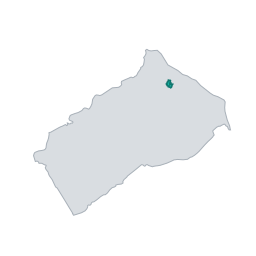 location of Suhum Municipal, Eastern, Ghana, rotated 239°
{"feature_id": "2480657B2570339807900", "entity_name": "Suhum Municipal", "entity_type": "district", "adm_level": 2, "iso_a3": "GHA", "parent_name": "Ghana", "parent_adm1": "Eastern", "projection": "natural_earth1", "projection_center": [-0.399, 6.043], "detail": "fine", "context": "in_parent", "style": "filled", "palette": "teal", "viewbox_px": 256, "rotation_deg": 239, "n_neighbors": 0, "source": "geoboundaries", "source_scale": "gbopen_adm2", "svg_char_len": 4236}
<svg xmlns="http://www.w3.org/2000/svg" viewBox="0 0 256 256"><g transform="rotate(239 128 128)"><path d="M153.0,32.8L154.6,34.6L155.0,35.7L154.4,39.6L153.2,42.3L152.4,44.9L152.5,46.2L153.2,47.5L155.8,49.5L157.1,50.8L158.6,52.8L160.3,54.7L163.4,57.3L164.6,57.7L164.6,58.4L164.2,59.4L163.9,68.8L163.7,71.2L163.4,72.5L163.2,76.0L162.8,76.5L162.3,76.4L161.7,76.6L161.6,77.3L161.8,78.0L163.6,78.5L163.3,79.0L161.9,79.5L161.3,80.6L161.6,81.8L160.8,82.7L161.0,83.4L161.5,83.9L162.3,83.7L164.4,82.1L165.3,81.9L166.4,82.2L168.4,84.7L168.5,85.9L167.7,90.1L166.9,93.3L166.7,97.5L167.6,99.9L167.5,101.2L166.5,102.4L164.4,104.0L164.6,105.2L165.6,107.2L167.3,109.6L170.8,112.5L172.6,116.2L172.7,117.8L171.6,119.3L170.3,120.6L169.9,122.6L170.5,135.2L167.8,140.7L167.7,142.2L168.0,144.0L168.7,145.1L170.1,145.4L171.3,146.5L170.9,150.3L170.3,154.3L170.2,156.1L169.9,157.0L168.8,157.8L168.4,159.0L168.7,160.5L168.5,161.7L169.0,163.1L170.3,165.0L172.3,169.5L173.1,169.8L173.4,170.8L173.2,171.7L174.0,173.7L176.2,175.7L178.5,177.5L180.4,177.7L180.9,179.3L182.1,181.3L183.0,182.1L184.5,182.7L185.6,183.0L185.7,184.7L183.6,185.8L182.1,187.6L181.0,190.2L179.5,193.1L174.3,194.6L172.3,194.6L161.5,194.7L151.5,200.4L145.7,202.4L142.1,205.7L137.3,208.0L134.0,210.7L127.0,212.1L115.6,216.4L112.1,218.1L108.5,221.2L102.6,224.7L100.3,224.7L95.7,221.4L92.3,219.7L83.8,217.2L77.5,216.2L74.5,215.1L73.6,214.9L74.3,213.7L76.1,213.6L77.9,214.0L79.3,213.1L81.4,212.9L81.9,212.0L82.1,209.6L82.1,207.7L82.8,206.8L83.0,204.5L82.0,199.4L81.3,198.9L77.6,198.2L77.3,197.1L76.7,196.1L76.0,193.5L75.2,189.6L73.9,184.8L71.4,176.9L70.8,174.1L70.4,171.2L70.3,167.8L70.8,166.5L70.7,164.7L70.5,163.0L72.3,159.0L75.7,154.0L76.4,152.2L77.0,151.0L77.1,149.2L77.8,143.4L79.4,136.5L80.4,133.9L81.1,132.4L82.0,130.1L82.2,129.0L85.3,126.3L86.8,125.6L87.1,124.5L86.6,123.3L86.8,122.5L87.6,122.1L88.7,121.8L89.6,120.7L88.3,112.1L87.2,103.5L87.1,102.8L86.5,101.6L85.9,98.1L84.8,96.0L83.4,95.4L83.4,93.4L84.9,90.1L85.3,88.2L84.5,87.6L84.4,86.1L85.0,83.7L84.7,82.2L84.4,80.6L82.9,76.9L82.5,74.2L83.3,72.7L83.3,69.3L82.5,64.0L82.3,60.7L82.9,59.3L82.6,58.0L81.5,56.8L81.4,55.6L82.4,54.4L82.3,53.5L81.1,52.8L80.0,51.2L79.1,48.6L79.3,44.5L81.1,37.0L81.3,36.4L83.3,36.4L83.3,36.7L89.6,36.6L96.8,36.6L105.4,36.5L113.2,36.4L113.6,36.0L114.9,35.6L122.8,36.4L127.7,36.0L129.8,36.3L131.3,36.8L134.7,36.4L136.5,36.6L137.9,38.5L138.5,38.5L139.2,37.7L140.6,36.8L142.0,36.1L143.0,34.6L143.6,33.5L144.5,33.7L145.8,33.6L146.6,32.7L147.0,31.3L153.0,32.8Z" fill="#d9dde1" stroke="#a8b0b8" stroke-width="1"/><path d="M145.2,183.5L145.1,183.4L144.9,183.5L144.7,183.6L144.4,183.7L144.2,183.5L144.0,183.4L143.9,183.4L143.8,183.5L143.7,183.5L143.5,183.8L143.4,183.9L143.4,184.0L143.2,184.3L142.9,184.4L142.9,184.5L142.8,184.4L142.8,184.5L142.7,184.4L142.8,184.4L142.7,184.4L142.4,184.3L142.3,184.2L142.2,184.2L142.1,184.3L141.9,184.5L141.7,184.6L141.5,184.8L141.4,184.9L141.3,185.1L141.1,185.1L140.9,185.2L140.7,185.2L140.7,185.3L140.4,185.4L140.4,185.5L140.5,185.7L140.7,185.9L140.7,186.0L140.6,186.3L140.8,186.5L140.9,186.8L141.0,186.8L141.4,187.0L141.5,187.0L141.7,187.3L141.8,187.3L141.9,187.5L142.0,187.7L142.0,187.9L142.1,188.2L142.2,188.3L142.4,188.5L142.4,188.4L142.5,188.4L142.5,188.5L142.7,188.4L142.8,188.3L143.0,188.3L143.1,188.2L143.2,187.9L143.2,187.6L143.3,187.1L143.4,186.9L143.5,186.8L143.6,187.0L143.8,187.0L143.8,186.9L144.0,186.8L144.1,186.7L144.2,186.4L144.3,186.4L144.5,186.5L144.5,186.8L144.5,187.0L144.7,187.3L144.8,187.4L144.8,187.5L144.9,187.4L145.0,187.3L145.2,187.5L145.3,187.5L145.3,187.8L145.2,187.9L145.3,187.9L145.5,187.9L145.8,188.0L146.1,188.1L146.2,188.3L146.3,188.5L146.5,188.8L146.9,188.8L147.0,188.7L147.3,188.6L147.3,188.4L147.4,188.2L147.5,188.1L147.6,187.9L147.7,187.7L147.8,187.5L147.9,187.4L148.0,187.4L148.0,187.2L147.9,187.2L147.8,186.9L147.7,186.8L147.8,186.8L147.5,186.5L147.4,186.4L147.1,186.2L147.2,185.9L147.1,185.7L147.2,185.4L146.9,185.1L146.7,184.9L146.6,184.7L146.4,184.5L146.4,184.4L146.2,184.3L146.1,184.1L145.9,184.0L145.7,184.0L145.7,183.9L145.8,183.9L145.7,183.9L145.7,184.0L145.5,183.9L145.4,184.0L145.3,183.8L145.3,183.7L145.2,183.7L145.3,183.7L145.2,183.6L145.3,183.5L145.2,183.5L145.2,183.5Z" fill="#14b8a6" stroke="#0f766e" stroke-width="1.5"/></g></svg>